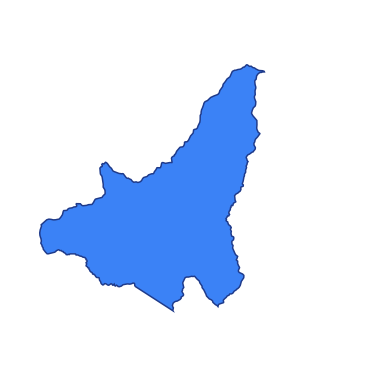 the district of El Águila, Valle del Cauca, Colombia, rotated 39°
{"feature_id": "7082276B1381167873192", "entity_name": "El Águila", "entity_type": "district", "adm_level": 2, "iso_a3": "COL", "parent_name": "Colombia", "parent_adm1": "Valle del Cauca", "projection": "orthographic", "projection_center": [-76.062, 4.938], "detail": "fine", "context": "isolated", "style": "filled", "palette": "blue", "viewbox_px": 384, "rotation_deg": 39, "n_neighbors": 0, "source": "geoboundaries", "source_scale": "gbopen_adm2", "svg_char_len": 6105}
<svg xmlns="http://www.w3.org/2000/svg" viewBox="0 0 384 384"><g transform="rotate(39 192 192)"><path d="M172.7,53.1L172.2,52.8L170.6,53.3L168.0,55.1L166.9,55.6L163.9,56.2L162.6,56.2L161.0,57.0L158.8,57.0L157.6,58.2L155.6,58.3L154.7,58.5L154.3,59.0L154.1,61.9L153.3,62.7L152.9,64.7L152.3,66.1L150.6,67.9L149.5,69.7L148.6,70.4L147.5,72.7L147.6,73.6L149.0,78.6L148.1,82.1L148.4,85.2L148.4,88.6L149.5,90.8L149.8,95.7L150.7,97.7L150.8,99.3L150.4,100.5L148.6,103.5L147.0,106.8L146.5,111.1L145.3,113.6L145.3,114.7L145.5,115.7L146.2,117.2L147.3,120.4L147.7,122.1L148.8,124.2L149.6,125.1L149.9,125.8L150.2,127.3L153.1,131.0L154.2,132.9L155.1,136.8L155.9,138.9L155.7,140.3L154.4,142.0L154.2,142.8L155.5,144.9L155.8,145.7L155.6,149.3L156.6,153.5L156.7,155.4L156.4,156.2L155.4,157.1L154.9,157.9L155.2,158.6L155.7,159.0L156.1,159.9L156.5,161.1L156.5,162.3L156.3,162.8L154.7,164.5L154.5,165.0L154.4,170.0L155.2,172.7L154.9,174.0L155.5,174.9L155.0,175.7L154.5,177.7L154.8,178.7L157.7,181.4L157.8,181.8L156.3,183.0L153.4,186.4L150.9,187.4L150.3,188.0L150.3,188.8L151.5,191.1L152.1,192.9L151.7,193.5L150.0,194.7L149.5,195.3L149.9,197.1L150.0,200.0L150.4,201.1L150.4,202.1L149.0,203.5L147.9,205.3L147.5,206.0L147.3,208.2L145.3,211.2L145.2,212.6L145.6,214.7L145.5,216.0L145.0,217.3L143.9,218.7L142.2,219.3L140.6,221.1L138.8,221.2L136.8,220.7L135.0,221.2L133.8,221.3L133.2,222.0L132.7,222.2L131.6,222.2L127.2,221.1L126.5,221.4L126.0,222.0L123.6,223.5L118.1,225.3L117.0,225.3L114.5,224.3L112.0,224.2L108.3,223.1L106.8,223.1L106.1,223.3L106.0,223.6L106.0,225.0L105.8,225.7L104.8,226.0L104.5,226.8L104.7,227.6L105.8,228.0L106.0,228.4L106.0,229.2L105.4,229.8L105.4,231.4L109.2,235.4L109.9,235.9L111.7,236.3L112.7,236.9L118.1,241.8L119.9,244.1L122.5,245.0L123.6,245.7L125.5,247.9L125.6,248.2L125.3,251.0L125.5,252.8L121.7,257.9L121.4,258.6L121.5,259.7L122.0,262.1L122.1,264.2L122.0,264.7L119.5,267.0L118.5,268.7L115.9,271.3L114.9,271.7L112.6,271.4L109.5,273.8L109.6,274.3L111.2,275.3L111.2,276.1L110.9,276.7L109.5,278.1L108.9,279.6L106.8,281.9L106.3,283.3L106.4,284.4L106.1,285.2L104.0,287.2L104.1,288.0L105.6,291.2L105.9,294.2L105.8,296.6L103.3,299.6L101.8,300.9L99.6,302.0L97.8,303.2L96.6,305.0L95.4,312.4L96.5,313.2L97.9,317.0L99.4,319.6L101.1,321.4L103.1,322.8L103.9,323.2L105.8,324.9L106.7,326.9L108.9,327.8L110.0,328.7L111.1,328.9L112.5,330.1L115.9,330.9L118.3,331.2L119.2,330.5L123.2,325.2L123.6,323.8L123.5,323.0L124.5,321.0L124.9,320.7L126.4,320.6L127.1,319.8L128.6,319.9L129.5,319.3L130.1,319.7L130.5,319.7L131.2,319.4L131.7,319.5L131.9,319.4L132.5,319.4L133.7,319.8L134.8,319.0L135.0,318.3L135.9,318.0L136.2,316.8L140.3,313.5L140.8,313.5L141.6,313.9L142.9,312.8L145.2,312.3L146.6,311.5L148.2,311.3L150.0,310.3L150.3,310.5L151.4,310.4L152.2,311.3L152.9,311.1L153.6,311.4L154.3,312.2L154.1,313.0L154.2,313.7L155.4,314.1L155.9,315.7L156.3,316.1L157.8,316.0L158.7,316.4L159.5,316.0L160.7,316.9L161.7,317.1L162.3,317.6L163.8,317.8L164.5,317.5L165.1,317.5L166.2,318.2L166.8,318.2L167.3,317.6L168.1,317.8L169.1,317.7L170.3,318.3L171.6,318.4L172.4,318.0L173.1,317.4L173.9,317.2L175.6,318.7L177.5,319.3L178.6,320.1L179.5,320.4L181.1,320.4L181.7,319.7L181.7,318.3L182.2,317.8L183.5,317.4L184.8,317.4L186.0,316.8L186.8,314.2L187.7,314.0L188.3,314.2L188.7,313.8L188.9,314.2L189.1,314.3L189.7,313.6L189.6,312.6L191.0,313.4L191.5,313.4L191.8,313.1L191.9,312.0L192.9,311.8L194.0,312.0L195.2,311.3L196.3,309.6L196.8,307.4L199.6,304.1L201.7,302.7L202.8,301.3L203.4,300.0L204.4,299.3L205.1,299.4L206.5,300.8L207.6,301.1L252.1,296.3L251.3,295.9L251.1,295.0L250.4,293.7L249.3,293.4L248.9,292.9L248.2,292.6L247.3,290.3L247.6,288.3L248.2,287.2L249.2,286.0L250.4,282.9L250.4,281.3L249.7,280.5L250.4,278.2L250.3,277.5L249.7,276.8L246.8,275.7L246.5,274.4L245.8,273.5L245.7,271.4L242.1,268.6L241.8,268.0L240.6,263.1L240.9,262.2L241.4,261.4L242.8,260.3L244.9,257.6L245.8,257.2L247.0,255.9L247.5,255.9L250.7,256.5L253.7,256.6L255.3,257.7L259.0,258.8L260.1,260.0L262.7,260.6L267.2,262.7L268.8,263.7L272.7,264.2L275.0,263.6L276.7,263.8L277.7,264.6L281.2,264.8L282.7,264.4L284.3,264.7L283.6,263.2L283.6,262.1L286.1,258.2L285.9,257.6L284.7,256.8L284.4,256.1L284.6,253.9L284.9,252.5L284.8,250.6L285.7,248.8L285.6,247.3L286.9,246.2L287.4,244.9L287.2,242.5L288.0,240.1L288.0,239.1L288.4,238.1L288.6,236.2L288.2,234.0L286.6,230.4L286.2,226.1L285.0,224.4L284.6,224.1L282.9,223.9L279.4,224.8L277.9,224.4L277.3,223.5L276.7,221.2L276.4,220.7L274.6,220.0L272.5,218.9L271.0,217.0L269.4,217.0L269.1,216.8L268.8,215.4L268.0,213.3L265.6,213.3L264.4,212.9L258.8,210.0L257.6,207.8L257.3,207.6L256.5,207.6L255.7,207.1L254.2,205.6L254.0,204.9L254.3,203.0L253.7,201.8L252.9,200.9L252.2,200.8L250.9,201.2L250.4,201.2L248.2,199.5L247.3,197.8L246.1,197.3L245.3,196.7L245.0,195.3L244.8,194.9L244.0,194.8L243.9,194.5L243.3,194.3L240.8,194.3L238.3,192.7L237.5,193.0L236.5,192.8L236.1,191.7L235.2,191.4L235.1,189.7L234.7,188.3L235.6,187.5L235.4,186.6L235.4,185.9L233.8,185.2L233.0,183.5L233.1,182.3L232.8,181.9L232.6,181.1L231.9,180.2L231.9,179.1L231.4,178.7L231.2,178.0L231.2,177.4L232.0,177.2L232.2,176.8L231.3,174.7L231.6,173.6L232.2,172.2L231.9,171.8L230.8,171.4L227.4,168.0L227.5,165.7L228.3,164.0L228.4,162.8L228.9,161.2L228.5,159.4L227.0,157.6L227.1,157.1L228.1,155.4L228.0,155.0L227.4,154.2L226.3,154.2L225.9,153.9L224.8,151.1L222.9,147.7L222.6,146.5L221.8,145.5L221.4,144.6L221.4,143.6L221.2,142.8L219.9,141.3L219.1,138.9L218.8,138.5L218.0,138.0L217.6,137.3L217.5,136.2L216.3,134.0L216.5,133.2L214.9,132.7L213.6,131.7L212.6,131.3L212.2,130.7L212.0,128.9L212.1,127.7L212.8,126.4L213.7,123.1L214.3,122.2L214.1,120.9L214.2,119.5L214.0,118.6L213.2,117.5L210.8,116.6L209.7,115.5L209.4,114.9L209.2,113.4L208.6,112.7L208.1,110.8L208.3,107.9L208.1,104.0L207.7,103.8L205.9,103.9L202.9,102.4L201.9,101.4L200.2,98.9L197.4,95.6L191.2,94.4L188.9,93.5L188.5,93.0L187.4,90.5L186.7,88.1L187.0,85.3L186.4,84.0L184.8,81.7L181.6,79.8L180.8,79.0L180.3,78.3L179.9,76.6L177.3,73.7L176.2,71.1L175.4,70.2L173.3,68.7L171.4,66.8L170.9,66.1L170.7,65.2L170.9,64.1L169.1,61.0L169.0,58.2L169.7,56.2L170.6,55.5L171.2,54.4L172.7,53.1Z" fill="#3b82f6" stroke="#1e3a8a" stroke-width="1.5"/></g></svg>